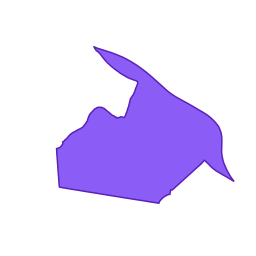 Hendrik-Ido-Ambacht, Zuid-Holland, Netherlands, rotated 339°
{"feature_id": "6326949B24881260895403", "entity_name": "Hendrik-Ido-Ambacht", "entity_type": "district", "adm_level": 2, "iso_a3": "NLD", "parent_name": "Netherlands", "parent_adm1": "Zuid-Holland", "projection": "albers", "projection_center": [4.638, 51.847], "detail": "fine", "context": "isolated", "style": "filled", "palette": "violet", "viewbox_px": 256, "rotation_deg": 339, "n_neighbors": 0, "source": "geoboundaries", "source_scale": "gbopen_adm2", "svg_char_len": 5455}
<svg xmlns="http://www.w3.org/2000/svg" viewBox="0 0 256 256"><g transform="rotate(339 128 128)"><path d="M125.3,40.6L125.8,43.1L126.1,44.1L126.3,44.7L126.7,45.3L127.0,45.6L127.2,45.9L127.5,46.7L127.6,46.8L128.0,47.7L128.2,48.1L128.3,48.4L128.7,49.4L128.8,49.8L129.0,50.5L129.2,51.3L129.4,52.0L129.9,53.6L130.1,54.3L130.3,55.0L130.5,55.5L130.9,56.6L131.5,58.1L132.0,59.4L132.4,60.3L132.8,61.1L133.7,62.8L134.1,63.7L134.2,63.9L135.1,65.5L136.0,67.0L136.5,68.0L136.7,68.3L137.2,69.1L138.0,70.3L138.8,71.5L139.4,72.4L139.9,73.2L140.5,74.2L141.0,74.8L141.6,75.6L142.2,76.4L143.0,77.4L143.2,77.6L143.3,77.8L143.7,78.2L144.1,78.7L144.6,79.4L145.2,80.2L145.6,80.6L145.8,80.8L146.1,81.2L146.6,81.6L147.2,82.2L147.9,82.9L148.2,83.1L148.7,83.5L149.2,84.0L149.5,84.2L150.3,85.0L151.4,85.9L152.1,86.5L152.4,86.7L152.6,86.9L152.8,87.1L152.9,87.3L153.0,87.5L153.4,87.9L153.5,88.1L153.5,88.3L153.2,89.3L153.1,89.6L152.7,90.2L152.5,90.5L150.9,92.2L149.3,93.9L147.7,95.9L147.1,96.6L145.8,97.9L144.9,98.8L143.3,99.7L142.2,100.7L141.7,100.8L141.1,101.5L140.3,102.0L140.0,102.6L139.7,103.2L139.5,103.4L139.2,103.8L138.9,104.1L138.8,104.4L138.3,105.1L138.2,105.4L137.2,106.7L135.9,108.6L135.6,109.0L135.1,109.4L134.8,109.7L134.6,109.9L134.3,110.4L134.3,110.6L134.2,110.7L134.0,110.9L133.9,110.9L133.8,111.2L133.8,111.3L133.4,111.7L132.9,112.2L132.6,112.6L132.3,112.9L132.1,113.0L131.4,113.8L130.5,115.0L129.7,115.8L128.8,116.5L128.6,116.6L128.2,116.8L127.0,116.0L126.9,115.9L126.2,115.4L125.6,115.1L125.3,115.0L124.0,115.0L123.8,115.0L123.2,115.0L122.1,114.9L121.5,114.8L121.0,114.5L120.9,114.4L120.8,114.2L121.0,113.8L120.3,113.5L120.1,113.4L119.8,112.8L119.8,112.6L119.2,111.7L117.9,110.4L117.3,109.5L115.9,106.7L115.6,106.3L113.9,103.4L113.3,102.0L112.9,101.8L112.6,101.4L112.7,101.1L112.4,100.9L112.0,100.6L111.0,99.5L110.9,99.4L110.6,99.3L109.7,98.8L109.1,98.5L108.8,98.4L108.6,98.3L107.8,98.1L107.0,98.0L106.6,97.8L106.2,97.9L105.9,98.0L105.3,98.1L105.1,98.3L104.2,98.2L103.5,98.4L102.8,98.8L102.1,99.0L101.3,99.5L101.2,99.7L100.9,99.8L100.5,99.9L100.0,100.1L99.2,100.5L97.9,101.1L97.6,101.3L96.4,102.2L94.4,104.4L93.2,105.9L93.2,106.0L92.9,106.4L92.9,106.5L92.4,106.9L91.8,107.3L91.0,107.8L90.8,108.0L90.7,108.2L88.5,109.6L88.3,109.6L86.4,110.8L84.1,111.4L83.3,111.5L82.7,111.6L81.7,111.6L80.8,111.7L78.9,111.9L78.3,112.1L76.7,112.4L75.7,112.4L74.4,112.5L73.8,112.8L71.8,113.3L69.4,114.5L69.1,114.6L68.8,114.8L68.3,115.2L68.0,115.3L66.8,116.0L66.6,116.0L65.0,116.5L64.5,116.7L63.2,117.5L62.5,117.5L61.9,117.7L61.6,119.3L61.1,119.7L60.7,120.0L59.5,120.7L58.7,121.3L58.2,121.5L57.9,121.6L57.7,121.7L57.3,121.8L57.0,121.8L56.6,121.7L55.3,121.8L53.9,121.6L53.6,122.7L53.1,124.2L52.5,126.0L51.4,129.7L47.1,143.9L45.6,149.0L43.7,155.1L42.9,158.0L42.8,158.4L42.9,158.5L43.0,158.7L43.1,158.8L43.5,159.1L45.1,160.0L48.0,161.7L48.7,162.2L49.8,162.8L54.7,165.7L57.0,167.0L61.8,169.8L63.0,170.5L64.3,171.3L73.1,176.4L75.0,177.5L75.8,178.0L76.2,178.2L76.9,178.6L77.7,179.1L78.9,179.8L79.5,180.2L80.4,180.6L81.1,181.1L81.8,181.5L82.4,181.8L83.9,182.7L84.5,183.1L85.9,183.9L86.3,184.1L97.5,190.6L103.5,194.1L119.7,203.4L119.9,203.6L126.4,207.3L129.0,208.8L129.8,209.3L130.3,208.7L130.7,208.3L130.8,208.2L131.0,208.0L131.3,207.8L131.5,207.7L131.8,207.5L131.9,207.4L132.2,207.2L132.4,207.1L132.7,207.0L133.2,206.7L133.5,206.5L133.6,206.4L134.0,206.3L134.2,206.2L134.4,206.1L134.5,206.0L134.9,205.9L135.1,205.8L135.7,205.6L136.0,205.5L136.4,205.4L136.6,205.3L136.9,205.2L137.1,205.2L137.5,205.1L138.0,205.0L138.6,204.9L139.0,204.8L139.5,204.8L139.8,204.7L140.0,204.7L140.4,204.7L140.8,204.7L141.2,204.7L141.4,204.7L141.7,204.7L142.2,204.7L142.6,204.7L143.0,204.8L143.3,205.0L143.4,204.9L143.6,204.5L143.9,204.0L144.2,203.5L144.8,202.6L145.7,201.0L145.8,201.0L147.2,201.7L163.5,195.4L168.8,193.3L170.8,192.6L174.5,191.1L179.3,189.3L181.1,188.6L181.7,188.4L182.2,188.1L182.6,187.9L183.2,187.5L183.4,187.8L183.8,187.6L184.2,187.3L184.9,187.0L185.3,186.8L186.4,186.2L187.0,185.9L187.8,185.5L188.0,185.8L188.5,187.0L189.3,188.7L190.1,190.3L190.8,191.9L191.4,193.3L191.9,194.5L192.1,194.8L192.7,196.1L193.0,196.5L193.8,197.8L194.7,199.3L194.9,199.6L195.9,200.8L197.3,202.6L199.5,205.4L201.8,208.1L202.5,209.0L202.7,209.3L207.9,215.9L207.0,212.9L206.8,211.8L206.5,210.9L206.2,209.4L205.9,207.5L205.6,205.9L205.5,205.1L205.5,204.7L205.4,204.1L205.2,202.1L205.1,200.8L205.0,198.6L205.0,197.5L204.9,196.4L204.9,195.7L204.9,194.8L205.0,194.0L205.0,193.1L205.1,192.1L205.7,188.6L206.1,186.3L206.3,185.8L206.6,184.6L206.9,183.6L207.6,182.0L210.1,175.9L211.5,172.4L212.5,169.2L213.2,165.7L213.2,162.2L213.2,159.6L213.0,158.7L212.7,157.7L212.4,156.5L212.0,155.5L211.7,154.4L211.0,152.7L210.3,151.0L209.8,150.0L209.3,149.0L208.9,148.1L208.4,147.3L208.0,146.5L207.3,145.4L207.1,145.0L206.4,144.0L205.3,142.5L204.3,141.1L202.9,139.3L201.6,137.7L199.6,135.2L196.2,130.9L194.9,129.3L193.2,127.2L191.7,125.4L189.8,123.2L187.9,121.0L185.9,118.6L185.4,118.0L183.3,115.4L181.1,112.3L179.1,109.3L177.4,106.2L170.8,93.2L170.1,91.9L169.4,90.5L168.6,88.9L167.8,87.5L167.1,86.1L166.0,84.3L165.1,82.6L164.2,81.2L163.4,79.8L162.5,78.4L161.6,76.9L160.6,75.4L159.2,73.3L157.8,71.4L157.2,70.5L156.0,69.0L155.3,68.0L154.8,67.3L154.0,66.4L153.1,65.3L151.9,63.8L150.8,62.6L149.7,61.4L148.9,60.5L148.5,60.0L147.6,59.2L145.0,56.7L143.7,55.5L142.4,54.3L139.9,52.1L138.5,50.9L135.2,48.3L133.4,46.8L128.2,42.7L127.9,42.4L127.6,42.2L125.9,40.5L125.4,40.1L125.3,40.6Z" fill="#8b5cf6" stroke="#5b21b6" stroke-width="1.5"/></g></svg>